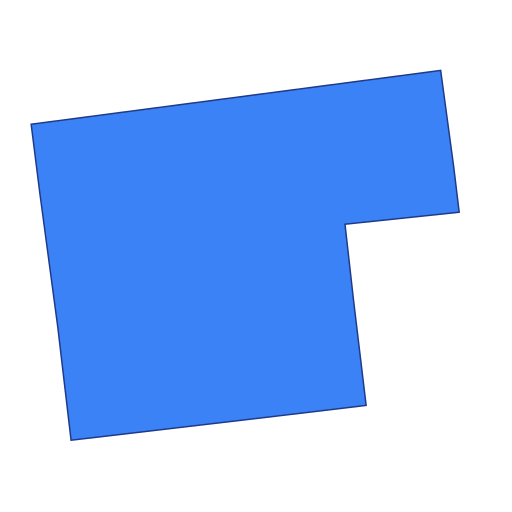 Fayette, Indiana, United States of America (orthographic projection), rotated 83°
{"feature_id": "52423323B31506372049055", "entity_name": "Fayette", "entity_type": "district", "adm_level": 2, "iso_a3": "USA", "parent_name": "United States of America", "parent_adm1": "Indiana", "projection": "orthographic", "projection_center": [-85.152, 39.657], "detail": "fine", "context": "isolated", "style": "filled", "palette": "blue", "viewbox_px": 512, "rotation_deg": 83, "n_neighbors": 0, "source": "geoboundaries", "source_scale": "gbopen_adm2", "svg_char_len": 309}
<svg xmlns="http://www.w3.org/2000/svg" viewBox="0 0 512 512"><g transform="rotate(83 256 256)"><path d="M416.3,462.0L417.4,255.8L417.7,164.9L313.3,164.6L235.3,163.8L237.3,49.0L191.7,48.9L94.3,50.1L97.8,463.1L166.3,462.9L302.6,461.4L416.3,462.0Z" fill="#3b82f6" stroke="#1e3a8a" stroke-width="1.5"/></g></svg>